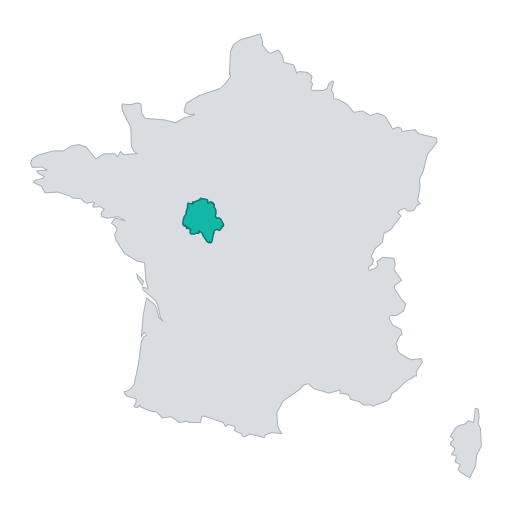 location of Indre-et-Loire within France
{"feature_id": "FRA-5310", "entity_name": "Indre-et-Loire", "entity_type": "Metropolitan department", "adm_level": 1, "iso_a3": "FRA", "parent_name": "France", "parent_adm1": "", "projection": "mercator", "projection_center": [0.644, 47.225], "detail": "fine", "context": "in_parent", "style": "filled", "palette": "teal", "viewbox_px": 512, "rotation_deg": 0, "n_neighbors": 0, "source": "natural_earth", "source_scale": "10m", "svg_char_len": 6143}
<svg xmlns="http://www.w3.org/2000/svg" viewBox="0 0 512 512"><path d="M420.4,203.6L416.6,205.7L414.2,210.0L411.8,211.0L407.4,211.0L405.3,208.3L400.0,210.1L397.9,212.8L401.0,216.1L390.5,229.8L383.9,233.4L382.4,242.3L374.6,249.0L371.6,255.9L371.4,257.3L373.4,259.6L372.5,264.1L368.6,267.0L368.6,269.9L369.7,270.3L375.8,268.0L378.1,265.3L376.9,261.7L383.0,257.2L393.9,258.3L395.2,264.3L393.8,269.3L401.7,280.2L394.8,285.2L394.4,288.5L401.4,299.3L405.8,303.8L403.5,311.0L396.0,315.7L391.3,315.3L389.3,316.5L389.5,318.7L392.7,325.2L400.8,329.4L402.0,334.3L399.7,336.0L396.0,343.4L397.6,347.0L397.0,348.6L397.8,351.1L400.0,353.6L411.0,359.8L421.0,358.6L422.3,362.2L416.2,371.7L416.5,376.0L413.4,376.1L412.9,377.6L406.7,380.7L396.7,390.3L392.1,393.1L390.2,398.0L387.5,400.7L373.2,406.1L370.5,404.9L363.5,405.0L359.2,401.6L350.8,399.4L348.1,394.4L340.3,393.4L339.9,390.0L329.0,393.1L313.6,388.5L308.2,383.6L303.7,384.9L299.8,389.3L283.2,400.9L276.7,412.9L277.9,426.8L281.7,433.6L271.7,432.6L265.7,434.6L264.1,437.5L249.9,434.0L244.6,436.9L243.2,436.7L241.3,433.8L234.3,430.5L235.4,428.3L234.5,426.2L227.9,424.6L225.6,426.6L223.1,422.5L204.7,416.2L201.7,416.3L200.5,422.6L188.7,422.4L187.0,421.3L179.3,422.6L171.2,416.7L162.2,417.9L156.6,411.8L151.2,411.4L143.6,408.3L140.2,406.7L139.7,404.9L137.5,407.6L134.7,407.0L134.0,406.2L135.9,402.8L136.2,398.9L126.7,396.0L124.2,393.2L124.2,391.7L129.3,390.3L133.9,384.9L138.3,365.0L141.4,341.2L143.8,336.7L146.7,335.5L144.3,332.2L141.4,336.5L143.2,314.5L146.6,297.9L154.6,304.7L156.5,307.7L158.9,317.5L163.4,321.7L160.5,317.7L157.6,304.5L155.7,300.8L143.0,289.7L142.5,287.2L148.2,288.5L145.9,280.2L144.6,262.6L136.8,260.9L124.4,253.4L115.8,239.8L114.8,234.7L117.1,229.3L115.1,225.9L111.5,223.5L114.3,218.9L116.8,218.4L125.8,221.1L118.5,216.7L106.6,218.2L101.8,216.6L101.0,213.4L104.2,209.2L100.2,206.6L93.4,207.2L92.6,206.1L94.6,203.1L92.9,202.0L87.3,203.2L84.2,202.2L81.2,198.8L72.2,198.0L70.2,196.1L57.8,192.1L44.9,192.8L41.3,185.9L33.4,182.6L34.9,180.4L42.8,178.4L44.4,176.5L38.6,173.6L36.6,170.8L47.1,170.1L42.3,167.1L32.1,167.3L30.7,163.2L32.0,158.9L38.0,155.1L52.9,151.0L63.7,150.8L71.4,145.9L78.9,144.6L86.1,147.0L95.9,159.1L103.6,153.8L115.2,153.9L117.6,156.9L120.6,151.4L123.2,154.6L137.3,153.6L134.0,151.4L131.4,146.3L130.8,127.2L123.6,113.3L121.8,108.2L122.2,103.9L130.6,104.7L137.6,102.8L141.0,104.1L141.8,113.1L144.8,118.3L164.2,119.9L175.5,122.7L184.9,117.6L193.8,115.3L194.5,114.1L189.4,114.6L184.7,112.4L184.1,110.1L186.5,103.0L200.0,95.2L219.8,88.6L224.9,84.1L230.8,76.1L229.5,74.0L230.4,52.0L233.3,44.7L240.8,39.5L260.1,34.1L262.5,41.2L262.4,45.2L267.5,51.4L270.0,53.4L278.4,50.0L282.5,55.8L283.7,62.3L293.8,65.0L296.8,73.4L298.6,71.6L305.0,72.0L307.9,72.7L312.0,76.4L310.8,81.4L312.6,83.9L310.9,88.5L312.1,90.4L323.7,90.4L327.2,88.4L328.8,83.7L332.3,81.0L333.6,81.8L331.4,90.5L333.0,92.7L333.9,98.8L338.2,99.3L346.8,104.2L354.0,112.3L362.9,111.0L369.9,115.5L377.1,113.1L383.9,115.6L386.3,117.9L392.7,129.2L397.6,127.0L401.0,128.3L402.1,131.5L415.2,129.6L417.5,132.8L420.2,134.0L436.7,138.2L436.9,142.4L427.4,154.4L423.2,171.3L420.4,177.1L419.4,181.4L420.1,184.3L419.7,188.9L417.7,199.8L418.8,202.9L420.4,203.6ZM479.1,417.6L478.2,423.9L480.5,428.4L481.3,446.4L476.6,455.1L475.7,465.5L469.8,477.9L460.6,472.4L457.9,469.3L460.4,464.6L455.1,462.0L456.3,457.4L455.8,455.1L452.0,454.9L451.8,453.7L454.6,450.1L454.5,447.9L451.0,445.1L450.3,442.7L453.7,439.9L452.2,437.4L450.3,436.7L454.9,428.6L458.1,426.1L465.3,423.8L468.3,420.7L473.0,422.4L473.8,421.6L475.4,408.5L477.0,408.3L478.5,410.1L479.1,417.6ZM143.5,281.1L142.4,285.1L137.6,278.3L136.9,274.5L143.5,281.1Z" fill="#d9dde1" stroke="#a8b0b8" stroke-width="1"/><path d="M222.4,222.4L222.9,223.1L223.4,224.0L223.5,225.1L223.3,226.1L223.1,226.2L222.4,226.2L222.1,226.3L221.9,227.4L221.8,227.8L221.7,227.7L221.4,227.7L220.6,229.1L219.6,230.3L219.1,230.3L217.7,229.5L217.0,229.5L215.3,229.9L214.5,230.4L213.9,231.2L213.8,231.7L214.0,232.9L213.9,233.4L213.3,233.7L213.2,234.1L213.2,234.9L212.3,240.1L211.5,242.3L210.2,242.9L209.5,241.8L208.4,242.6L208.1,242.3L206.8,241.2L203.1,235.7L202.4,233.7L202.1,233.0L201.8,232.6L201.4,232.4L200.8,232.1L199.0,231.0L198.7,230.9L198.6,231.0L198.6,231.3L198.6,231.7L198.6,231.8L198.7,232.0L198.8,232.1L198.9,232.4L199.0,232.5L199.0,232.8L198.9,233.0L198.7,233.1L198.4,233.2L195.9,233.3L195.3,233.5L195.0,233.6L194.8,233.8L194.6,234.0L194.3,234.2L192.9,233.9L191.5,234.0L190.9,233.9L190.6,233.6L190.3,233.3L190.2,233.0L190.2,232.6L190.2,232.0L190.2,231.1L190.4,230.2L190.5,229.6L190.4,229.3L190.3,229.1L190.0,229.0L189.4,229.0L189.2,228.8L189.0,228.3L188.8,228.1L188.5,228.1L187.8,228.4L187.4,228.5L186.9,228.5L186.7,228.3L186.6,228.0L186.7,227.7L186.8,227.4L186.8,227.1L186.8,226.7L186.7,226.3L186.4,226.2L185.7,226.5L185.3,226.5L185.1,226.3L185.0,226.1L185.0,225.8L185.1,225.5L184.9,225.2L184.7,225.2L184.2,225.5L183.8,225.6L183.5,225.4L183.4,225.2L183.2,224.8L183.1,224.6L182.7,224.0L183.2,220.4L183.8,217.8L184.0,217.2L184.1,216.9L184.5,216.2L185.4,215.1L186.2,213.6L186.3,213.2L186.0,212.3L186.1,211.8L186.5,210.7L186.6,210.0L187.6,207.8L187.7,207.4L187.6,207.1L187.4,206.2L187.4,205.6L187.5,205.1L188.2,203.1L189.6,203.5L190.5,203.6L192.3,204.1L192.8,204.1L192.9,203.9L192.8,203.6L192.7,203.0L192.7,202.7L192.6,202.4L192.7,202.1L193.1,201.8L193.5,201.8L194.2,202.2L194.6,202.3L194.8,202.2L195.2,201.7L195.7,201.3L196.9,201.0L198.6,200.2L199.0,200.1L199.5,200.0L199.8,199.9L199.9,199.7L199.9,199.4L199.9,199.1L200.1,198.7L200.5,198.4L201.0,198.3L201.3,198.3L202.9,199.3L203.2,199.3L203.7,198.8L204.0,198.8L207.0,199.7L207.4,199.9L207.7,200.3L207.8,201.0L207.6,202.1L207.6,202.5L207.8,203.0L208.1,203.2L208.5,203.2L208.8,203.0L209.5,202.2L209.9,202.0L210.9,201.8L211.3,201.9L211.6,202.0L211.8,202.5L211.9,203.2L212.0,203.4L212.2,203.5L212.4,203.4L212.8,203.1L213.1,203.0L213.3,203.1L214.1,204.4L214.2,204.8L214.3,205.2L214.2,205.5L213.9,206.0L213.8,206.3L213.8,206.8L213.9,207.0L214.4,207.4L215.4,209.2L215.9,210.5L216.0,212.2L215.9,213.9L215.2,216.0L215.4,216.6L215.8,217.0L216.9,217.9L217.3,218.1L218.3,217.9L219.6,218.2L220.7,219.2L222.4,222.4Z" fill="#14b8a6" stroke="#0f766e" stroke-width="1.5"/></svg>